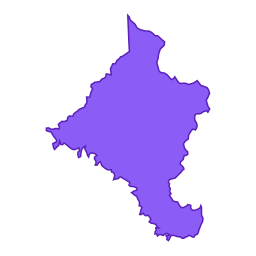 Jacarezinho, Paraná, Brazil
{"feature_id": "56859067B90346200090543", "entity_name": "Jacarezinho", "entity_type": "district", "adm_level": 2, "iso_a3": "BRA", "parent_name": "Brazil", "parent_adm1": "Paraná", "projection": "natural_earth1", "projection_center": [-49.952, -23.147], "detail": "fine", "context": "isolated", "style": "filled", "palette": "violet", "viewbox_px": 256, "rotation_deg": 0, "n_neighbors": 0, "source": "geoboundaries", "source_scale": "gbopen_adm2", "svg_char_len": 3811}
<svg xmlns="http://www.w3.org/2000/svg" viewBox="0 0 256 256"><path d="M197.2,80.6L195.3,81.9L193.8,82.9L192.0,83.5L188.5,84.5L186.0,83.4L183.8,83.2L180.4,83.5L178.5,82.4L177.3,80.7L174.8,76.8L173.5,78.6L171.8,79.6L169.9,78.0L167.3,74.9L164.6,73.1L160.7,72.5L159.0,70.9L158.3,68.1L157.4,64.9L156.8,62.3L158.2,57.9L158.5,54.5L159.6,50.9L160.5,48.7L162.5,47.0L164.3,45.0L164.6,41.8L162.1,39.9L160.3,38.2L157.6,35.8L155.1,35.6L151.6,32.4L149.0,31.1L146.8,31.0L144.9,31.0L139.5,29.3L138.0,28.6L136.7,27.3L135.7,25.4L134.7,23.9L133.6,22.8L131.9,21.6L130.1,19.8L129.3,17.1L127.8,15.4L128.9,42.3L129.4,51.5L122.5,56.3L120.8,56.7L119.0,58.9L116.8,60.6L116.3,62.3L114.9,63.8L112.8,63.8L110.5,68.8L110.8,71.4L111.3,74.9L108.1,74.1L106.3,73.9L105.6,77.0L104.4,78.1L101.6,79.2L100.2,81.4L96.1,82.2L94.7,82.2L92.9,83.7L91.4,84.3L90.9,86.5L92.6,88.9L91.1,91.9L90.2,95.0L89.7,97.0L88.2,97.2L86.6,97.0L87.0,101.2L86.7,103.0L85.3,104.9L84.5,107.1L81.9,108.2L79.1,109.4L77.4,111.3L76.0,112.0L73.8,113.8L72.8,116.2L71.0,116.1L69.3,116.0L67.8,117.3L67.1,120.5L64.0,121.6L61.9,121.3L60.3,122.6L58.3,124.4L59.4,127.1L59.0,129.0L56.9,128.5L54.6,128.6L53.3,129.3L50.8,129.1L48.8,127.9L46.4,128.1L46.3,130.5L48.3,131.4L50.7,131.8L52.1,133.6L53.2,135.6L54.8,137.8L56.8,140.3L55.9,142.3L54.5,142.7L52.8,143.6L53.5,147.4L54.5,149.5L57.3,146.6L58.7,145.5L59.7,141.2L60.8,144.4L62.5,144.7L64.1,143.1L65.6,144.0L67.4,145.5L70.7,148.3L72.2,149.2L74.0,149.7L76.9,148.8L78.8,147.9L79.6,150.3L78.0,152.2L77.8,154.3L78.6,157.5L80.6,156.6L80.9,154.0L81.2,151.8L81.9,149.1L83.6,147.2L85.5,146.1L84.8,149.0L86.7,152.4L87.5,155.3L88.6,157.0L89.0,155.2L90.3,153.2L92.1,153.0L95.0,153.6L96.9,155.5L94.6,157.0L94.4,158.7L95.6,160.6L96.2,162.4L95.2,165.1L97.1,165.2L99.0,162.4L100.3,161.7L101.9,165.7L104.0,167.4L105.3,168.5L107.2,169.6L108.8,169.9L111.3,169.8L111.5,172.0L113.8,172.7L114.7,175.6L114.0,178.1L113.5,179.7L116.4,178.9L118.0,178.7L120.3,176.7L122.8,178.2L125.4,179.7L127.7,181.1L129.9,182.4L128.9,185.2L130.2,186.3L134.5,186.8L137.0,188.2L136.7,190.2L134.0,191.0L131.5,192.7L133.0,193.6L134.7,195.4L136.8,196.1L137.4,198.2L138.5,200.3L139.6,202.5L139.1,205.7L140.7,206.2L142.1,207.5L140.9,209.8L140.6,211.5L139.7,214.5L141.2,214.6L143.0,213.2L144.2,214.7L145.9,215.8L148.3,215.3L149.3,216.8L151.0,219.2L149.1,221.8L151.2,223.2L153.4,223.5L155.7,224.3L157.0,226.6L158.7,227.9L155.8,227.8L156.2,230.0L155.1,231.8L155.0,234.0L156.6,233.7L157.5,236.0L159.1,234.6L161.0,234.6L163.2,235.6L164.2,234.5L166.2,233.4L167.6,233.6L169.6,234.9L168.1,235.5L166.1,235.5L167.1,237.5L166.8,239.4L168.4,240.6L169.3,239.1L170.4,236.9L171.2,235.5L173.3,235.3L177.8,236.7L180.0,236.8L182.5,238.4L184.1,238.1L185.8,236.9L187.3,236.6L189.0,235.2L192.6,237.0L194.0,237.1L195.0,235.2L197.3,234.2L198.1,232.8L198.7,230.7L200.1,226.9L201.5,223.6L202.6,221.4L203.0,218.2L201.9,216.2L201.5,214.3L201.5,211.8L201.5,207.5L200.8,205.7L200.1,207.8L197.8,209.2L195.4,210.1L192.7,210.4L190.7,208.5L190.8,205.4L188.0,204.5L186.2,206.2L183.3,207.6L181.3,207.5L180.0,206.2L179.1,204.9L177.7,202.0L175.5,201.7L172.8,200.8L172.2,199.3L169.4,195.3L171.0,193.7L170.1,192.3L169.6,190.5L170.4,189.0L169.0,186.1L169.5,184.0L168.3,181.9L169.4,179.5L175.2,178.0L181.3,171.9L182.5,170.1L183.9,169.4L183.5,167.5L182.1,165.9L180.1,164.1L180.7,161.7L183.2,159.5L184.1,155.7L185.8,155.5L187.7,154.5L187.7,151.9L185.6,149.8L184.5,147.9L183.9,146.2L183.6,143.5L185.6,140.8L188.2,139.2L188.7,134.8L190.9,131.2L192.7,129.2L194.1,129.4L195.6,129.9L196.9,127.1L197.1,125.2L196.3,122.6L194.8,120.1L194.6,116.8L195.6,114.2L197.3,113.6L198.9,113.9L200.9,113.4L203.6,111.5L206.5,110.7L207.9,112.2L209.7,108.9L207.9,106.2L206.2,100.2L207.5,98.1L208.8,95.0L209.6,93.5L208.4,89.6L206.9,87.5L205.1,86.9L203.0,86.0L201.3,85.7L199.9,84.2L197.2,80.6Z" fill="#8b5cf6" stroke="#5b21b6" stroke-width="1.5"/></svg>